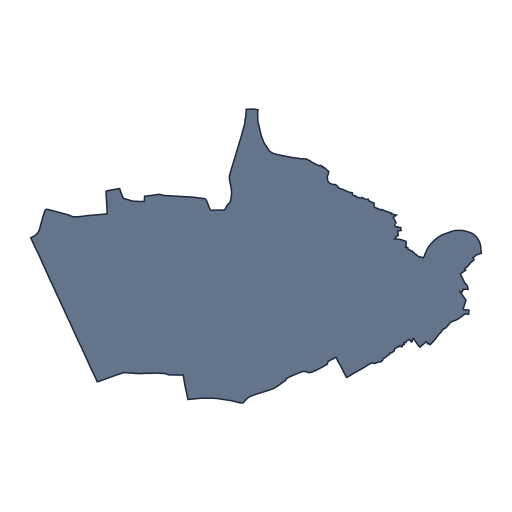 Bang Yai, Nonthaburi, Thailand (orthographic projection)
{"feature_id": "78962969B13602434515216", "entity_name": "Bang Yai", "entity_type": "district", "adm_level": 2, "iso_a3": "THA", "parent_name": "Thailand", "parent_adm1": "Nonthaburi", "projection": "orthographic", "projection_center": [100.414, 13.864], "detail": "fine", "context": "isolated", "style": "filled", "palette": "slate", "viewbox_px": 512, "rotation_deg": 0, "n_neighbors": 0, "source": "geoboundaries", "source_scale": "gbopen_adm2", "svg_char_len": 6038}
<svg xmlns="http://www.w3.org/2000/svg" viewBox="0 0 512 512"><path d="M164.5,195.5L161.6,194.9L159.8,194.4L159.5,194.3L156.8,194.6L151.9,195.4L149.9,195.6L144.5,196.2L144.4,201.4L140.3,201.5L132.6,201.1L123.3,198.3L123.2,198.2L121.5,193.9L119.6,188.5L107.4,190.7L106.1,191.2L106.2,196.5L106.6,201.4L107.2,213.2L106.8,213.9L87.5,215.6L80.2,216.6L74.1,216.8L72.8,216.7L68.0,214.8L60.0,212.6L47.8,209.4L46.1,209.3L45.4,209.8L44.4,211.9L41.4,222.2L39.1,230.6L37.9,232.5L35.9,234.9L33.6,236.3L30.7,237.8L35.9,248.9L38.9,254.9L43.6,265.7L47.9,275.0L50.1,280.1L51.2,282.2L54.0,288.2L55.8,292.3L58.3,297.5L65.8,313.9L69.4,321.4L75.7,335.4L79.9,344.3L81.3,347.1L87.2,360.2L92.1,371.0L95.6,378.1L97.3,381.9L101.3,380.5L116.5,375.0L123.8,372.6L135.5,373.4L138.9,373.6L144.0,373.5L145.1,373.3L151.8,373.3L156.8,373.1L161.4,373.3L165.2,373.6L166.8,374.2L168.1,374.7L168.9,374.9L183.3,375.1L183.4,376.4L184.7,383.9L185.4,387.7L186.9,394.4L187.9,399.5L201.4,398.2L211.7,398.2L217.0,398.5L230.8,400.6L232.9,401.0L239.9,402.9L242.5,403.0L243.3,402.7L246.4,399.2L248.1,397.7L250.3,396.4L257.9,393.6L265.9,391.2L269.3,390.1L273.4,388.6L274.8,387.9L279.4,384.8L285.2,380.7L285.7,380.1L286.4,378.8L286.9,378.4L289.5,377.0L292.3,375.7L297.7,373.4L301.3,372.0L303.0,371.5L304.0,371.4L304.5,371.4L306.1,371.8L308.4,372.5L308.8,372.6L310.5,372.5L312.0,372.1L317.2,369.8L319.1,368.8L326.5,364.7L327.1,364.4L327.2,364.1L327.6,363.2L328.0,361.7L328.4,361.2L333.2,358.8L335.9,357.3L336.9,359.0L337.5,360.6L338.5,362.3L339.4,364.0L340.3,365.3L342.8,370.4L344.5,373.5L345.8,376.2L346.2,376.9L346.7,377.5L348.7,376.5L350.9,375.0L354.4,372.9L362.2,368.6L365.0,366.8L369.8,363.9L372.5,362.8L372.8,362.9L373.6,363.4L374.3,363.6L374.8,363.6L377.7,362.3L379.2,362.0L380.4,362.0L380.9,361.8L382.6,360.4L382.9,359.2L383.1,358.9L383.4,358.5L383.7,358.3L384.6,358.0L386.7,356.5L386.8,356.3L387.1,355.7L387.3,355.5L388.0,355.1L388.9,355.0L389.3,354.7L389.6,354.2L389.7,353.2L389.8,353.0L390.0,352.9L390.9,353.0L391.4,352.9L393.9,351.3L394.3,350.6L394.4,350.2L394.4,349.3L394.7,348.8L396.7,347.7L397.5,346.9L398.5,346.9L398.9,346.8L399.0,346.7L399.1,346.1L399.5,345.9L400.3,346.4L400.9,346.5L401.7,346.8L402.2,346.7L402.3,346.5L402.4,346.3L402.0,345.4L402.1,345.1L402.7,344.9L403.9,344.7L404.3,344.4L404.2,344.1L403.7,343.1L403.7,342.8L403.8,342.6L404.0,342.4L404.3,342.4L405.5,342.6L406.0,342.5L406.3,342.2L406.5,341.2L406.9,340.7L407.2,340.5L408.1,340.3L409.0,339.8L409.3,339.7L409.7,339.9L411.2,341.9L411.4,342.0L411.6,342.1L411.9,341.8L412.2,341.4L412.7,339.4L413.5,338.5L418.0,345.1L418.7,345.9L419.9,347.2L421.7,345.7L422.7,344.7L423.1,344.4L426.0,341.7L426.1,341.8L427.9,343.9L428.1,344.0L428.7,343.3L428.8,343.3L430.1,344.8L432.7,342.1L435.2,339.2L435.8,338.6L437.6,336.1L439.1,334.0L439.8,333.4L440.8,332.6L441.2,332.0L442.0,330.7L442.7,329.7L443.3,329.2L445.9,327.8L450.4,322.6L451.4,321.9L452.0,321.6L456.0,320.1L458.2,318.9L462.5,315.8L464.8,314.0L467.2,314.1L468.6,314.3L468.9,311.4L468.9,310.0L467.9,310.0L466.5,309.9L463.3,309.6L463.4,308.3L466.0,300.2L460.0,291.6L462.2,291.9L462.5,290.6L462.9,290.4L463.0,289.8L463.2,289.6L463.3,289.2L468.1,289.4L468.0,288.3L467.5,286.7L466.9,285.1L466.5,284.5L465.5,283.7L465.0,283.1L464.5,282.4L460.4,273.8L465.7,270.2L464.7,268.7L468.1,266.0L468.5,265.5L468.7,264.9L469.7,264.1L469.9,263.4L472.2,261.4L474.0,260.0L474.0,259.8L473.3,258.5L472.9,258.2L472.9,257.9L473.3,257.5L474.2,256.9L475.7,255.5L476.5,255.0L477.6,254.5L478.4,254.2L480.2,253.6L481.3,253.4L481.1,251.1L480.9,250.0L480.9,248.6L480.7,246.2L480.3,244.6L480.0,243.4L479.1,241.2L478.4,239.8L477.9,238.9L476.1,236.6L473.9,234.5L471.8,233.2L468.8,232.1L465.8,231.2L463.8,230.7L462.4,230.5L460.8,230.4L456.4,230.4L455.4,230.5L454.2,230.7L451.3,231.5L447.1,233.1L444.2,234.0L441.9,235.0L440.1,236.0L436.8,238.2L435.4,239.3L433.4,241.2L431.8,243.0L430.3,244.6L428.0,247.6L427.4,248.8L424.8,254.4L424.6,255.3L424.3,256.0L423.1,257.9L422.3,257.5L420.7,256.9L419.0,256.8L418.5,256.6L418.0,256.2L416.8,255.0L415.3,254.2L414.9,254.0L414.3,252.9L412.9,252.0L412.3,251.1L412.1,251.0L411.5,251.1L411.1,251.0L410.5,250.6L410.1,250.1L409.8,249.9L408.7,249.6L408.2,249.3L408.0,249.0L408.1,248.2L407.9,247.8L406.5,247.7L405.5,247.4L405.5,247.2L406.2,246.5L406.3,246.2L406.2,246.0L405.7,245.8L405.6,245.6L406.1,244.0L406.4,242.6L406.3,242.1L406.0,241.7L405.9,241.3L405.6,241.1L405.2,240.9L403.9,240.7L402.2,240.0L399.9,239.4L394.6,238.9L395.8,237.7L396.4,236.5L396.8,236.3L398.1,235.8L398.3,234.0L398.1,233.1L397.6,231.0L401.1,230.5L400.7,227.4L398.1,227.6L398.0,226.8L397.9,226.6L396.1,226.8L395.5,226.7L395.4,226.7L395.1,226.2L394.8,224.8L394.8,224.3L396.0,222.8L396.0,222.6L394.4,219.5L393.8,218.6L393.2,217.4L396.4,215.1L391.4,213.9L391.6,213.1L390.3,212.7L387.7,211.8L385.7,211.2L382.1,209.5L381.8,210.3L377.2,208.2L377.1,208.5L374.5,207.3L374.2,206.2L373.9,205.6L374.1,203.7L374.3,203.3L369.4,201.0L368.6,200.7L368.4,199.2L365.9,199.4L361.6,197.4L360.9,198.3L358.5,197.4L358.4,197.5L355.6,196.5L355.7,196.0L352.6,195.0L352.5,194.5L352.3,192.7L352.1,192.6L349.7,192.3L348.4,191.9L346.9,191.3L342.7,189.3L340.1,188.7L338.9,188.0L336.5,185.4L336.1,185.0L335.3,184.6L333.1,184.4L331.2,183.9L330.6,183.6L329.5,183.0L329.0,182.5L328.7,182.2L328.0,181.3L327.8,180.5L327.2,177.2L327.3,176.9L328.3,173.8L328.9,171.6L327.6,170.6L324.9,168.0L322.9,167.5L323.1,166.8L320.3,165.3L320.0,165.9L316.8,164.8L312.2,162.3L310.1,160.9L306.1,158.8L304.9,158.9L302.4,158.9L291.7,157.4L277.0,154.5L273.3,153.4L272.2,152.9L269.7,151.2L269.0,150.4L266.8,146.9L264.4,143.4L263.4,141.3L261.2,135.4L258.4,123.5L257.9,121.6L257.6,113.3L258.1,109.9L254.3,109.0L246.2,109.3L245.7,117.8L245.0,119.3L244.9,123.5L243.4,128.3L241.2,136.5L239.4,142.3L229.5,175.4L229.3,177.6L229.5,179.6L231.1,188.0L231.6,192.1L231.5,194.7L231.0,198.2L230.2,202.2L230.0,202.5L227.5,204.8L225.3,208.6L224.9,209.5L224.6,209.8L224.3,210.0L211.2,210.2L210.8,210.1L210.3,209.6L209.5,208.1L206.9,201.4L206.3,200.3L205.5,199.1L205.0,198.8L204.5,198.6L192.4,197.1L164.5,195.5Z" fill="#64748b" stroke="#1e293b" stroke-width="1.5"/></svg>